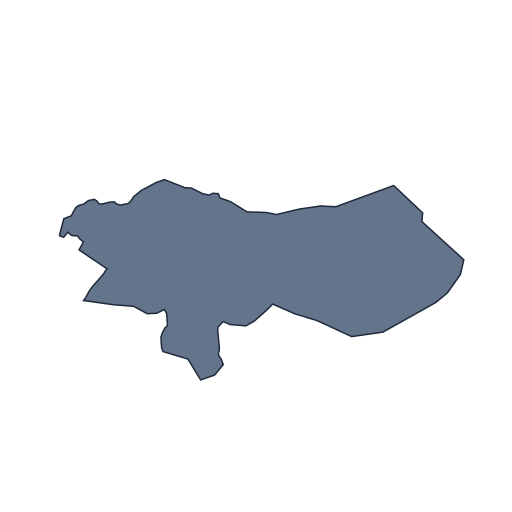 Bodinga, Sokoto, Nigeria, rotated 303°
{"feature_id": "59680162B56562801938729", "entity_name": "Bodinga", "entity_type": "district", "adm_level": 2, "iso_a3": "NGA", "parent_name": "Nigeria", "parent_adm1": "Sokoto", "projection": "natural_earth1", "projection_center": [5.162, 12.807], "detail": "fine", "context": "isolated", "style": "filled", "palette": "slate", "viewbox_px": 512, "rotation_deg": 303, "n_neighbors": 0, "source": "geoboundaries", "source_scale": "gbopen_adm2", "svg_char_len": 1496}
<svg xmlns="http://www.w3.org/2000/svg" viewBox="0 0 512 512"><g transform="rotate(303 256 256)"><path d="M147.0,287.7L149.2,284.9L150.5,283.2L151.0,281.9L152.1,279.2L154.4,277.2L157.0,276.6L161.4,273.5L166.4,269.4L171.1,265.6L172.9,264.3L175.6,262.9L183.1,264.1L184.4,271.6L189.7,281.4L191.7,285.4L200.4,290.0L216.2,294.4L224.8,296.2L228.7,320.3L235.0,342.0L236.0,348.5L240.5,380.1L261.3,403.9L315.1,432.2L329.4,436.6L351.7,437.5L366.0,432.4L375.2,376.4L382.9,372.3L390.1,333.1L340.8,296.1L334.6,285.6L333.6,283.4L330.6,280.1L319.0,266.8L302.0,250.7L298.2,241.1L298.1,240.9L288.1,224.4L287.7,205.1L285.1,194.2L287.7,190.3L285.3,185.9L281.4,183.3L279.2,177.2L277.8,164.9L274.5,159.0L270.2,137.6L263.2,132.2L248.5,124.1L239.2,121.1L234.3,121.1L230.7,120.4L228.9,118.8L226.7,116.3L224.9,114.8L223.7,110.8L224.3,107.8L221.5,104.0L215.7,98.5L214.2,96.2L215.4,92.9L215.5,89.6L211.3,85.3L205.6,83.2L203.0,80.7L200.8,79.3L197.9,78.5L193.1,78.8L189.1,79.2L182.7,74.5L167.0,79.6L165.9,80.4L167.0,84.5L173.4,85.2L172.8,90.3L175.6,95.4L174.3,99.0L173.8,103.6L164.7,104.3L164.1,138.1L161.3,137.8L158.4,137.9L151.3,137.0L142.4,135.6L136.2,135.2L128.0,135.8L124.7,135.6L137.7,163.4L147.2,180.9L148.3,196.1L153.9,203.9L161.3,208.3L158.8,212.8L155.3,215.3L154.4,215.9L152.9,217.0L151.6,218.2L150.1,219.1L148.0,219.5L146.0,218.8L139.8,219.5L136.4,220.4L131.8,223.6L127.6,226.9L125.2,230.1L132.5,255.0L121.9,277.1L133.1,285.7L134.0,286.2L147.0,287.7Z" fill="#64748b" stroke="#1e293b" stroke-width="1.5"/></g></svg>